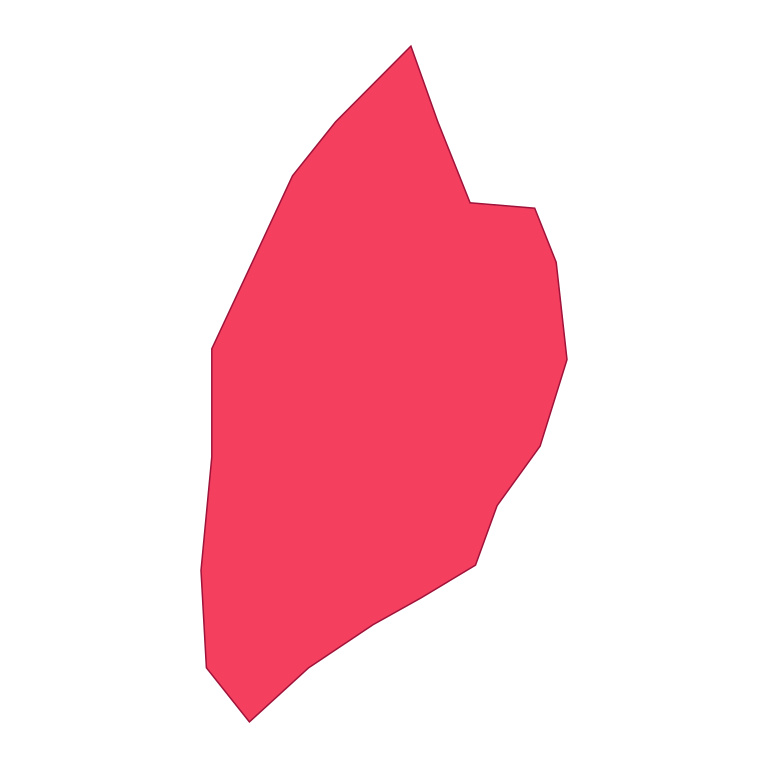 Agioi Iliofotoi, Nicosia, Cyprus
{"feature_id": "46923920B45981952402160", "entity_name": "Agioi Iliofotoi", "entity_type": "district", "adm_level": 2, "iso_a3": "CYP", "parent_name": "Cyprus", "parent_adm1": "Nicosia", "projection": "albers", "projection_center": [33.114, 35.064], "detail": "fine", "context": "isolated", "style": "filled", "palette": "rose", "viewbox_px": 768, "rotation_deg": 0, "n_neighbors": 0, "source": "geoboundaries", "source_scale": "gbopen_adm2", "svg_char_len": 382}
<svg xmlns="http://www.w3.org/2000/svg" viewBox="0 0 768 768"><path d="M410.9,46.1L335.6,121.8L292.5,175.8L254.8,256.9L211.8,348.8L211.8,456.9L201.0,570.5L206.4,667.8L249.4,721.9L308.6,667.8L373.2,624.6L421.7,597.5L475.5,565.1L497.1,505.6L540.1,446.1L567.0,359.6L556.2,262.3L534.7,208.2L470.1,202.8L437.8,121.8L410.9,46.1Z" fill="#f43f5e" stroke="#9f1239" stroke-width="1.5"/></svg>